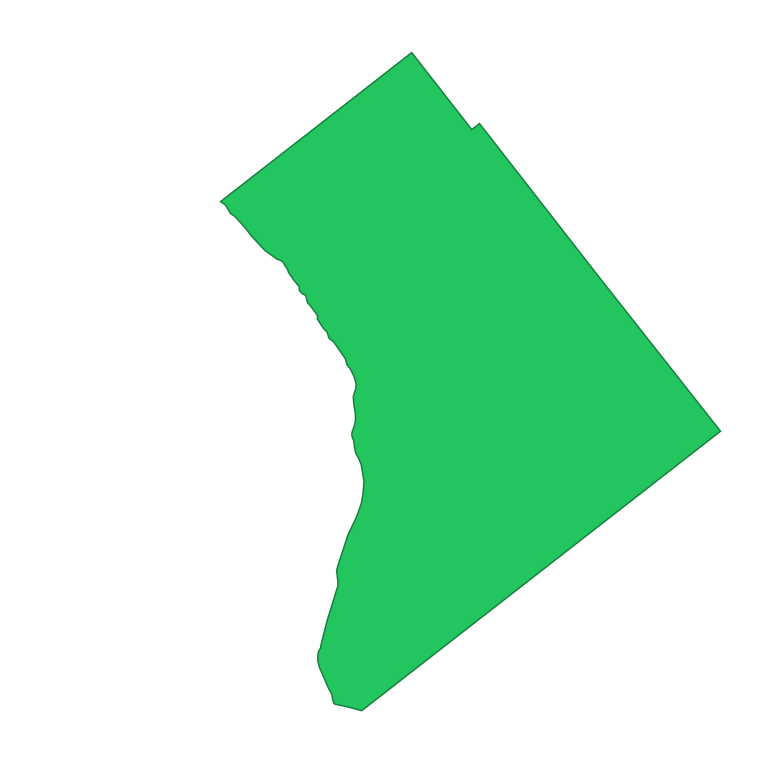 Traverse, Minnesota, United States of America (Mercator projection), rotated 322°
{"feature_id": "52423323B7501657464263", "entity_name": "Traverse", "entity_type": "district", "adm_level": 2, "iso_a3": "USA", "parent_name": "United States of America", "parent_adm1": "Minnesota", "projection": "mercator", "projection_center": [-96.623, 45.804], "detail": "fine", "context": "isolated", "style": "filled", "palette": "green", "viewbox_px": 768, "rotation_deg": 322, "n_neighbors": 0, "source": "geoboundaries", "source_scale": "gbopen_adm2", "svg_char_len": 1179}
<svg xmlns="http://www.w3.org/2000/svg" viewBox="0 0 768 768"><g transform="rotate(322 384 384)"><path d="M619.3,433.6L619.6,237.6L609.8,237.5L609.9,139.9L367.5,139.6L369.3,145.6L368.0,155.2L369.4,159.2L369.8,161.6L370.7,175.9L370.7,186.4L372.3,205.1L376.6,220.0L378.7,222.9L379.4,225.3L378.4,234.9L377.5,236.9L376.9,247.0L377.0,252.9L377.3,254.6L375.3,257.5L374.9,258.9L375.3,263.2L376.1,264.3L376.9,265.9L374.7,270.5L373.9,273.2L374.1,278.0L373.9,286.4L373.5,289.9L371.5,291.5L370.5,302.9L371.1,308.1L368.9,313.7L369.1,315.8L370.3,319.6L369.1,340.3L367.5,343.9L366.7,346.1L366.7,351.5L365.0,359.7L362.4,366.2L359.2,370.2L354.5,373.1L351.7,375.4L347.7,381.5L343.2,389.6L339.4,394.8L335.0,398.6L329.4,402.1L327.5,404.0L326.2,406.3L325.3,409.7L320.5,418.1L318.9,422.0L318.2,427.3L316.4,433.5L308.4,448.2L300.3,457.2L292.4,464.3L281.1,471.5L262.4,480.9L235.9,498.7L231.8,501.9L226.4,510.6L223.6,514.5L192.9,535.9L172.6,551.7L171.6,553.0L167.5,554.5L165.1,556.8L161.2,561.6L158.5,568.0L152.7,590.5L152.1,595.6L148.8,602.1L147.9,605.6L151.1,609.6L154.4,613.4L158.4,618.5L158.7,618.9L165.3,627.7L620.1,628.4L619.3,433.6Z" fill="#22c55e" stroke="#15803d" stroke-width="1.5"/></g></svg>